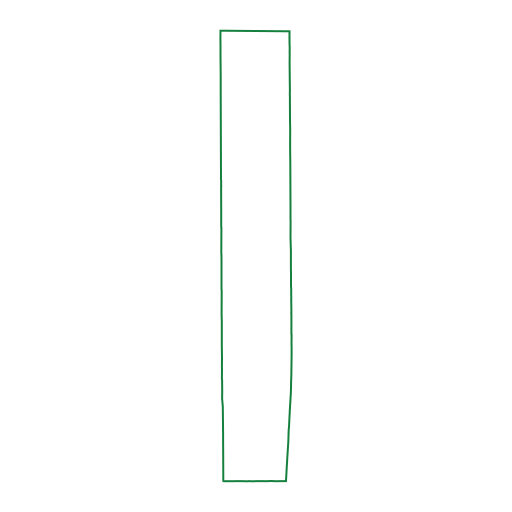 Melchor de Mencos, Petén, Guatemala (Natural Earth projection)
{"feature_id": "79465075B26662084929959", "entity_name": "Melchor de Mencos", "entity_type": "district", "adm_level": 2, "iso_a3": "GTM", "parent_name": "Guatemala", "parent_adm1": "Petén", "projection": "natural_earth1", "projection_center": [-89.228, 17.318], "detail": "fine", "context": "isolated", "style": "outline", "palette": "green", "viewbox_px": 512, "rotation_deg": 0, "n_neighbors": 0, "source": "geoboundaries", "source_scale": "gbopen_adm2", "svg_char_len": 1454}
<svg xmlns="http://www.w3.org/2000/svg" viewBox="0 0 512 512"><path d="M286.0,481.1L286.3,475.4L287.0,462.6L287.1,462.4L287.1,461.0L288.3,442.0L288.7,429.9L289.0,427.0L289.5,416.6L289.8,411.1L289.8,409.3L290.0,408.7L290.0,406.5L290.1,405.1L290.3,403.2L290.3,402.0L290.5,399.0L290.5,398.5L290.8,393.8L291.0,388.5L291.1,381.3L291.3,376.5L291.6,355.6L291.6,345.1L291.5,344.8L291.6,334.7L291.4,334.3L291.4,313.8L291.2,313.2L291.4,312.2L291.2,299.2L291.3,298.1L291.2,295.0L291.2,293.8L291.2,293.1L291.2,287.8L291.0,287.0L291.0,273.0L290.9,269.0L290.9,251.2L290.5,237.8L290.6,220.2L290.5,219.5L290.5,209.6L290.5,208.8L290.5,207.4L290.3,162.5L290.1,146.5L290.2,129.0L290.0,120.7L289.9,99.5L289.9,96.2L289.8,94.3L289.9,89.6L289.8,83.4L289.6,63.0L289.7,53.1L289.6,52.7L289.7,47.8L289.5,42.3L289.5,31.3L220.5,30.7L220.4,38.1L220.5,45.2L220.5,55.0L220.7,76.2L220.7,91.2L220.9,151.5L221.0,180.1L221.2,180.6L221.1,185.5L221.3,185.9L221.1,186.8L221.2,211.7L221.2,227.2L221.4,227.5L221.3,252.3L221.5,256.7L221.4,257.4L221.5,258.9L221.5,278.3L221.5,284.6L221.5,289.7L221.7,290.5L221.6,314.4L221.8,321.4L221.8,344.9L222.0,357.9L221.9,367.9L222.0,368.6L221.9,378.5L222.1,380.0L222.2,391.7L222.2,392.1L222.1,398.5L222.8,406.7L223.1,433.5L223.1,434.5L223.1,438.0L223.2,455.3L223.3,481.0L223.6,481.2L232.5,481.2L239.9,481.1L247.7,481.3L249.2,481.1L251.9,481.3L258.9,481.1L266.2,481.2L271.5,481.0L275.6,481.2L286.0,481.1Z" fill="none" stroke="#15803d" stroke-width="2"/></svg>